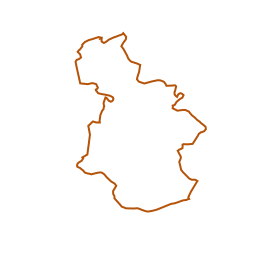 Hihya, Ash Sharqiyah, Egypt (Albers equal-area conic projection), rotated 50°
{"feature_id": "37247803B80618316463204", "entity_name": "Hihya", "entity_type": "district", "adm_level": 2, "iso_a3": "EGY", "parent_name": "Egypt", "parent_adm1": "Ash Sharqiyah", "projection": "albers", "projection_center": [31.584, 30.652], "detail": "fine", "context": "isolated", "style": "outline", "palette": "amber", "viewbox_px": 256, "rotation_deg": 50, "n_neighbors": 0, "source": "geoboundaries", "source_scale": "gbopen_adm2", "svg_char_len": 2967}
<svg xmlns="http://www.w3.org/2000/svg" viewBox="0 0 256 256"><g transform="rotate(50 128 128)"><path d="M221.6,126.8L219.8,126.3L217.3,120.9L213.2,108.9L211.0,109.7L210.1,110.6L209.7,111.0L208.8,112.3L206.1,113.6L200.7,114.0L196.9,114.3L195.6,114.2L194.3,114.2L186.9,110.5L185.3,107.3L184.0,106.0L179.4,105.0L177.4,104.5L177.5,104.1L177.5,102.7L178.4,99.7L178.4,99.2L177.1,97.9L175.9,97.0L175.9,96.6L175.9,96.1L179.0,92.6L179.9,91.3L181.7,88.7L178.8,79.3L178.0,77.6L178.1,74.9L178.5,74.5L179.4,71.8L179.0,69.2L178.7,68.9L177.7,68.3L176.9,67.8L174.3,68.2L170.7,69.0L169.4,69.0L166.4,69.8L165.4,69.9L162.8,70.1L159.3,70.9L156.3,70.9L154.5,70.8L151.9,72.1L151.0,72.5L150.5,73.1L149.6,74.2L147.8,76.9L146.5,79.0L144.6,79.8L141.6,81.1L140.8,80.2L139.5,79.3L140.4,77.6L139.2,74.0L139.2,73.1L139.2,69.6L139.7,66.9L138.8,64.9L138.5,64.3L136.3,64.7L135.0,65.5L134.5,67.7L135.7,70.4L134.0,70.8L132.2,70.7L130.5,69.4L130.2,68.8L130.1,68.5L127.1,64.4L126.3,64.4L125.8,64.4L124.9,65.3L124.5,66.1L120.4,71.4L118.2,70.9L115.6,70.8L112.5,72.5L110.7,74.2L107.6,79.9L104.4,86.9L99.5,89.9L96.4,89.8L94.7,87.6L92.2,83.5L87.5,78.1L87.0,78.5L85.4,79.1L84.8,79.4L83.5,80.2L80.8,81.9L79.5,82.8L77.3,83.2L74.7,83.1L72.1,82.2L69.5,81.7L64.7,80.7L62.1,80.6L61.2,80.6L60.4,78.8L59.5,76.1L58.7,72.6L57.0,70.8L52.3,70.7L52.6,72.0L51.2,75.9L50.3,78.6L49.4,80.8L48.0,86.0L47.9,89.1L47.5,91.4L47.4,91.8L44.8,92.6L43.5,91.7L42.2,90.3L41.7,91.6L41.3,90.7L40.1,91.6L39.5,92.0L36.8,98.6L35.4,101.7L34.9,103.9L34.4,105.6L34.5,106.3L34.8,109.6L36.1,110.5L36.2,110.9L36.9,114.1L36.9,115.9L37.3,117.6L37.7,117.6L40.8,117.3L43.8,118.7L43.7,121.3L42.8,123.5L43.4,125.2L43.7,125.7L48.3,128.2L55.6,132.0L62.3,135.5L63.1,135.9L68.5,130.7L69.8,128.1L70.6,126.7L70.8,126.4L72.5,125.1L73.9,124.2L74.8,124.4L77.8,125.2L78.2,127.0L77.9,128.0L78.7,128.4L80.4,128.4L82.2,128.5L85.7,125.9L87.1,124.6L89.3,122.9L91.5,121.2L94.6,119.9L96.3,120.4L97.2,122.2L97.1,123.1L96.7,124.4L94.5,125.2L93.6,125.2L91.0,125.1L90.1,125.6L91.4,127.8L93.0,130.5L94.3,131.4L96.1,132.3L96.5,133.2L97.8,134.6L98.2,136.8L99.2,138.7L100.3,140.8L101.1,141.7L104.5,145.4L105.4,145.8L105.7,146.1L103.2,148.9L100.5,150.6L100.5,151.9L100.8,155.4L100.8,157.0L108.6,161.4L115.0,168.3L118.1,171.7L122.2,176.2L121.2,181.9L122.5,181.9L123.3,184.6L122.8,187.7L122.8,188.6L122.8,189.5L123.8,190.8L124.1,191.3L125.4,191.7L127.6,190.5L129.8,190.1L131.5,189.7L134.2,189.7L135.1,189.3L135.9,188.8L136.4,188.5L138.6,186.7L139.9,185.9L141.7,182.1L142.7,180.2L144.0,178.0L144.7,177.4L145.4,176.7L148.4,175.9L151.5,176.0L155.4,175.6L156.4,175.5L158.1,175.3L160.7,174.4L162.0,174.0L164.7,174.1L166.7,179.9L168.9,181.7L171.5,182.2L173.2,183.6L182.8,183.3L184.1,183.4L186.8,181.9L188.1,181.3L193.5,175.2L195.4,172.5L195.5,172.4L197.1,171.3L199.7,170.0L203.7,167.5L205.0,166.2L207.3,162.2L208.6,159.4L209.1,158.3L213.1,146.0L213.8,143.8L215.6,140.8L216.5,138.6L218.8,132.4L220.7,129.4L221.1,127.6L221.6,126.8Z" fill="none" stroke="#b45309" stroke-width="2"/></g></svg>